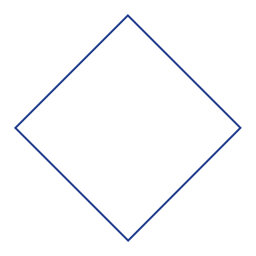 Moore, Texas, United States of America, rotated 45°
{"feature_id": "52423323B17136176847480", "entity_name": "Moore", "entity_type": "district", "adm_level": 2, "iso_a3": "USA", "parent_name": "United States of America", "parent_adm1": "Texas", "projection": "natural_earth1", "projection_center": [-101.931, 35.838], "detail": "fine", "context": "isolated", "style": "outline", "palette": "blue", "viewbox_px": 256, "rotation_deg": 45, "n_neighbors": 0, "source": "geoboundaries", "source_scale": "gbopen_adm2", "svg_char_len": 243}
<svg xmlns="http://www.w3.org/2000/svg" viewBox="0 0 256 256"><g transform="rotate(45 128 128)"><path d="M48.3,207.6L207.7,207.5L207.7,206.1L207.4,48.4L48.3,48.5L48.3,204.8L48.3,207.6Z" fill="none" stroke="#1e3a8a" stroke-width="2"/></g></svg>